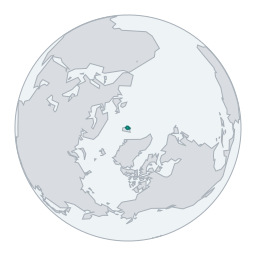 Suðurland highlighted on a globe, orthographic projection, rotated 204°
{"feature_id": "ISL-705", "entity_name": "Suðurland", "entity_type": "Region", "adm_level": 1, "iso_a3": "ISL", "parent_name": "Iceland", "parent_adm1": "", "projection": "orthographic", "projection_center": [-19.582, 64.139], "detail": "fine", "context": "on_globe", "style": "filled", "palette": "teal", "viewbox_px": 256, "rotation_deg": 204, "n_neighbors": 0, "source": "natural_earth", "source_scale": "10m", "svg_char_len": 10681}
<svg xmlns="http://www.w3.org/2000/svg" viewBox="0 0 256 256"><g transform="rotate(204 128 128)"><circle cx="128" cy="128" r="113" fill="#eef3f6" stroke="#a8b0b8"/><path d="M39.2,197.3L37.2,194.7L29.4,181.1L30.4,180.6L29.2,177.5L33.2,179.0L32.9,173.1L31.7,170.5L30.0,170.1L26.6,160.0L26.4,153.8L21.7,122.8L22.4,118.0L24.3,114.8L32.7,94.3L24.5,108.9L25.8,103.3L28.7,96.6L29.4,97.4L34.4,89.8L37.0,84.1L45.0,76.4L55.5,73.8L53.3,76.5L56.1,75.7L59.0,72.3L60.3,70.3L73.9,64.1L84.5,55.0L85.2,51.0L87.2,52.9L86.5,44.6L90.6,39.6L87.7,46.0L88.7,47.4L92.3,44.3L94.0,45.0L96.8,44.0L98.6,45.2L96.8,49.0L97.9,49.9L100.4,47.7L103.8,47.6L100.0,50.7L105.5,50.9L103.4,57.7L91.8,65.6L92.3,70.9L84.7,83.1L87.0,83.1L85.6,88.0L87.7,89.9L85.7,91.8L89.2,91.7L90.6,89.6L92.6,88.9L94.1,89.9L91.7,92.4L90.7,92.3L90.7,93.6L88.9,94.4L90.6,94.5L87.6,97.6L92.6,96.1L91.9,99.8L89.4,101.4L87.0,99.2L75.2,98.1L71.9,99.3L69.6,103.1L70.8,114.3L68.2,116.6L66.7,121.1L69.3,120.7L71.4,117.0L75.9,117.5L78.0,113.1L80.2,112.7L83.4,109.1L85.7,111.8L86.2,116.5L83.7,119.7L83.9,121.9L88.6,120.8L86.0,128.7L88.2,137.6L87.3,139.5L81.3,139.6L75.5,134.6L67.7,135.3L75.6,137.2L73.0,142.2L73.8,144.0L75.6,145.2L77.7,144.3L77.4,146.5L69.5,145.4L69.6,143.3L72.1,143.6L69.4,141.4L64.0,141.0L63.2,143.7L56.0,140.5L55.3,142.5L53.3,143.0L54.9,140.1L51.9,145.4L43.3,143.3L39.0,151.8L40.2,141.8L38.7,137.6L36.5,133.3L35.7,134.6L33.8,127.5L30.2,124.4L26.1,128.3L24.4,134.8L26.7,142.0L28.8,141.7L31.2,146.1L26.6,148.9L30.5,158.2L28.5,161.8L29.2,166.4L31.8,169.8L34.3,174.8L37.1,175.1L41.1,178.1L40.2,181.7L43.2,180.9L44.9,184.9L53.5,192.5L52.6,192.8L59.7,202.8L68.9,210.4L71.0,213.9L69.8,214.6L73.3,216.8L73.4,217.7L88.8,225.3L97.7,229.8L98.2,232.1L92.1,232.4L89.9,233.9L84.1,231.7L76.7,228.3L69.5,224.3L62.7,219.8L56.2,214.8L50.1,209.4L44.5,203.5L39.2,197.3ZM54.3,42.8L55.0,42.3L53.2,43.8L53.8,43.3L54.3,42.8ZM56.3,41.1L55.9,41.5L56.4,41.1L56.3,41.1ZM57.3,40.4L56.6,40.9L57.3,40.3L57.3,40.4ZM58.5,39.4L57.9,39.9L58.5,39.4ZM37.4,153.9L41.9,166.0L38.0,161.6L39.0,161.9L38.1,158.3L36.0,152.7L33.0,148.8L37.4,153.9ZM60.6,37.8L61.2,37.4L60.7,37.8L60.6,37.8ZM42.4,153.7L41.5,151.9L42.5,153.4L42.4,153.7ZM60.6,69.3L58.9,72.2L55.6,75.0L56.7,72.5L60.6,69.3ZM67.1,64.3L66.9,65.8L63.8,66.3L64.9,65.3L67.1,64.3ZM85.2,48.0L83.5,49.8L84.6,47.8L85.2,48.0ZM96.9,43.6L96.8,42.9L98.2,42.7L96.9,43.6ZM81.9,107.8L82.6,108.4L81.6,108.8L81.9,107.8ZM82.6,105.7L80.9,105.7L81.0,104.7L82.0,104.7L82.6,105.7ZM102.4,44.4L104.8,44.3L102.0,45.0L102.4,44.4ZM84.6,106.0L81.4,102.9L81.6,101.2L85.6,99.9L84.6,106.0ZM105.9,44.7L111.7,44.7L112.0,43.1L114.4,47.9L108.7,46.2L105.3,47.3L106.7,45.8L105.9,44.7ZM90.5,88.6L89.0,90.8L88.9,88.1L90.5,88.6ZM90.0,87.0L86.9,79.9L89.8,77.2L90.2,80.0L92.9,75.9L95.8,78.1L95.0,80.8L92.6,82.1L95.5,82.0L90.0,87.0ZM114.9,50.6L116.0,51.2L114.4,51.3L114.9,50.6ZM93.4,88.5L92.6,87.2L95.0,84.8L97.2,86.8L95.7,86.9L93.4,88.5ZM92.2,73.8L94.4,72.4L97.3,73.8L98.6,73.4L96.1,77.9L92.2,73.8ZM95.9,88.0L98.3,87.9L98.4,90.0L94.5,89.5L95.9,88.0ZM94.7,83.3L96.0,82.2L96.0,83.5L94.7,83.3ZM100.2,97.5L99.1,96.0L100.3,94.5L100.2,97.5ZM99.2,87.8L99.1,87.1L99.4,86.4L101.0,86.8L99.2,87.8ZM98.4,78.6L99.2,79.5L99.6,76.8L101.8,77.8L99.7,80.7L101.6,79.9L102.3,80.2L99.8,82.2L98.4,78.6ZM103.6,85.1L101.8,89.2L103.6,92.3L102.6,93.6L99.9,88.4L103.6,85.1ZM101.6,83.2L102.6,84.7L100.9,85.5L99.1,85.0L101.6,83.2ZM104.1,77.5L101.2,75.2L101.7,74.7L104.1,77.5ZM104.5,85.8L104.9,84.8L104.8,85.9L104.5,85.8ZM104.6,79.8L103.5,79.1L104.1,78.5L104.6,79.8ZM106.7,83.5L106.1,84.8L104.8,84.5L106.7,83.5ZM106.0,81.7L107.1,81.1L104.8,83.6L105.4,81.4L106.0,81.7ZM105.4,79.4L105.4,78.8L105.7,79.8L105.4,79.4ZM111.6,84.0L108.9,87.3L106.2,86.6L109.2,83.5L111.6,84.0ZM225.0,70.8L224.2,70.1L227.1,75.2L225.8,73.6L225.0,75.5L228.5,83.1L234.7,97.8L237.3,102.8L238.7,108.7L236.1,109.2L232.8,106.5L233.2,110.4L229.5,113.4L226.9,127.2L225.3,127.3L225.1,130.6L222.2,134.1L219.4,133.7L218.2,137.0L225.5,137.6L226.6,134.1L225.9,128.2L227.8,129.5L230.4,126.6L231.9,138.7L226.0,162.1L223.4,159.0L208.6,157.2L208.0,155.2L207.8,155.0L207.5,154.8L208.2,158.6L205.0,157.7L215.0,161.5L217.6,164.5L225.9,162.6L225.6,164.1L227.7,162.5L232.0,150.5L232.4,152.0L231.7,163.4L224.0,184.4L223.9,186.9L222.6,189.1L217.6,196.3L212.0,203.1L205.9,209.4L199.3,215.2L192.3,220.5L184.9,225.2L183.9,225.1L188.3,221.2L188.4,219.5L181.5,218.1L183.2,213.6L180.8,213.0L176.3,215.6L173.4,214.7L170.4,215.9L150.6,223.3L143.3,221.8L131.7,213.5L134.4,208.9L132.8,203.6L149.6,179.2L155.6,178.8L171.5,168.6L174.0,168.2L174.7,173.7L188.8,171.6L190.2,165.5L200.4,160.4L205.5,154.6L202.7,144.4L194.3,153.9L190.3,151.4L194.9,140.3L201.8,132.0L200.5,130.8L193.9,132.8L193.3,127.6L191.4,133.1L193.8,133.3L192.7,136.8L190.4,136.9L190.3,135.0L187.6,136.8L188.9,145.4L191.5,146.5L185.8,153.5L189.5,156.1L188.7,159.4L182.1,156.4L181.0,154.0L170.5,152.3L171.1,155.4L181.1,157.3L178.9,158.2L179.8,162.6L177.5,159.9L166.4,157.3L159.7,162.8L155.1,176.2L150.4,178.7L144.7,178.2L142.6,167.4L153.3,163.1L152.7,159.4L147.2,155.7L151.0,154.8L150.1,152.9L153.8,151.0L155.8,144.2L159.1,141.8L156.8,135.3L158.2,133.2L159.2,137.7L161.6,139.6L169.5,133.7L170.1,131.4L167.9,127.7L170.4,126.7L167.3,123.8L170.3,118.9L164.1,122.6L161.4,118.6L161.5,113.6L159.5,113.0L159.3,121.2L160.3,123.9L162.9,125.0L164.4,133.3L162.4,136.2L156.6,130.3L153.0,133.8L150.0,127.9L152.3,109.2L154.9,103.5L165.6,101.7L166.8,105.0L163.6,107.2L169.4,108.5L167.6,106.8L169.6,106.0L167.6,102.1L168.9,101.4L164.7,99.1L166.1,97.7L168.7,99.3L166.9,92.7L169.0,89.2L167.9,88.1L166.2,87.9L170.0,83.7L169.1,83.0L167.5,84.2L164.5,83.7L160.9,81.3L162.4,79.9L163.9,80.6L169.4,80.2L173.2,82.4L173.5,81.6L170.5,79.4L163.8,79.9L161.2,78.8L164.2,78.1L162.9,78.3L162.0,77.4L162.6,75.2L159.2,75.9L147.9,67.9L147.9,63.2L151.9,63.3L145.6,56.9L146.0,52.5L144.6,53.5L140.6,51.3L140.3,52.6L139.3,53.0L128.9,48.4L127.6,46.4L121.5,45.9L120.7,46.4L121.3,47.8L114.4,47.9L112.0,43.1L113.9,42.0L111.1,39.9L115.7,37.9L118.3,35.4L124.9,34.7L126.3,32.9L125.1,32.3L126.1,29.5L132.5,26.2L132.8,31.5L124.3,37.8L128.3,35.4L129.0,36.8L131.5,36.5L134.1,34.8L133.4,34.1L146.1,36.3L155.8,35.0L151.1,32.6L150.5,30.5L157.4,27.6L175.0,31.1L174.4,29.0L175.9,28.9L179.9,30.9L177.8,31.0L179.7,32.9L177.9,32.8L183.6,36.2L181.3,36.1L186.8,38.9L187.3,37.9L183.1,34.8L188.9,37.4L187.7,34.7L190.1,35.1L200.8,42.4L207.9,49.0L208.9,49.8L210.3,51.7L214.3,56.0L213.9,55.2L219.8,62.7L225.0,70.8ZM146.7,191.5L146.9,193.3L146.7,191.5ZM211.2,127.1L214.0,121.2L209.2,118.9L209.9,116.5L208.0,116.6L208.9,118.8L203.7,118.6L203.7,114.4L201.5,112.9L200.5,114.8L201.4,122.5L208.8,122.7L209.6,126.2L211.2,127.1ZM53.8,192.7L54.7,194.3L53.3,193.1L53.8,192.7ZM36.8,162.5L38.0,164.4L38.5,166.0L37.4,164.8L36.8,162.5ZM49.2,177.3L51.0,179.5L48.9,177.9L49.2,177.3ZM42.8,167.8L47.8,175.7L43.6,172.9L40.6,167.9L43.1,170.4L42.8,167.8ZM40.4,155.3L41.0,156.7L40.4,157.1L40.4,155.3ZM43.1,154.8L42.8,154.4L42.7,153.2L43.1,154.8ZM73.5,142.2L74.1,142.4L75.6,143.9L74.3,144.0L73.5,142.2ZM86.1,146.7L85.3,150.3L84.9,147.7L82.9,148.3L79.6,143.7L86.6,140.2L84.0,142.6L86.1,146.7ZM77.1,136.8L78.4,140.0L76.7,136.7L77.1,136.8ZM141.4,144.4L143.7,145.0L143.8,147.8L139.6,151.2L139.4,147.2L141.4,144.4ZM147.0,145.4L142.3,138.8L144.7,136.6L144.2,138.9L146.2,138.1L145.9,141.7L152.7,146.1L153.3,148.8L145.2,153.3L147.6,150.3L145.1,149.8L147.0,145.4ZM126.1,127.4L124.2,125.0L132.0,123.3L132.9,125.8L128.8,129.3L125.3,128.3L126.1,127.4ZM92.3,104.6L91.1,104.0L91.7,103.3L93.3,103.2L92.3,104.6ZM99.6,96.9L98.5,106.5L97.0,106.2L98.2,112.3L94.7,114.1L94.1,110.1L92.3,116.1L90.3,113.2L89.5,117.4L88.4,108.3L86.6,106.1L90.0,107.8L93.2,106.2L94.1,104.8L95.1,99.3L92.7,93.8L95.6,91.5L98.2,91.3L99.2,92.2L97.1,93.4L100.0,93.8L97.6,96.3L99.6,96.9ZM127.7,92.1L124.7,92.8L130.2,94.7L127.8,96.9L128.6,97.0L128.0,99.6L128.5,103.0L127.0,103.6L127.9,104.7L127.5,106.5L128.1,108.1L125.8,110.0L126.4,112.2L124.9,111.8L126.6,115.2L124.3,113.5L123.5,115.8L126.2,116.2L111.8,122.8L107.6,127.1L105.3,131.6L101.7,128.4L101.4,122.1L103.3,115.1L107.9,111.6L105.4,110.8L106.9,108.9L108.3,110.3L107.0,107.1L108.6,105.9L110.3,100.1L107.5,96.4L108.1,94.2L109.9,95.1L109.2,92.4L113.1,92.6L113.5,91.1L117.8,90.0L121.1,92.7L121.4,90.8L124.7,90.0L127.7,92.1ZM112.9,83.8L117.4,86.4L118.3,88.9L110.4,89.9L109.5,91.2L104.5,92.0L103.3,88.4L104.8,88.5L106.0,87.7L105.9,89.1L106.9,87.4L109.0,87.5L110.4,86.2L111.5,87.4L112.9,83.8ZM175.2,165.2L176.7,164.4L178.9,162.7L179.4,165.6L175.2,165.2ZM167.6,163.6L168.8,162.5L170.7,165.5L169.0,166.3L167.6,163.6ZM167.9,159.3L168.7,162.2L167.3,161.1L167.9,159.3ZM160.1,136.5L161.2,135.2L162.0,135.9L162.1,137.6L160.1,136.5ZM143.4,98.7L141.5,98.6L141.5,97.8L138.1,95.4L139.6,93.7L142.2,94.4L143.4,98.7ZM202.2,147.6L201.6,150.9L200.5,151.0L200.9,149.8L202.2,147.6ZM190.7,159.2L194.1,157.8L190.8,160.0L190.7,159.2ZM144.4,96.4L142.9,95.6L144.6,95.2L144.4,96.4ZM140.5,92.3L142.2,91.5L139.4,93.2L140.5,92.3ZM237.4,102.7L237.8,102.9L238.4,105.5L237.4,102.7ZM209.8,50.6L211.9,52.9L211.5,52.6L208.6,49.5L209.8,50.6ZM192.0,35.7L193.7,36.6L194.7,37.3L194.8,37.5L192.0,35.7ZM154.8,81.2L157.8,86.4L161.0,89.1L164.3,89.1L160.9,91.4L156.0,87.2L154.8,81.2ZM148.6,69.7L145.7,69.9L146.1,68.5L146.8,68.2L148.6,69.7ZM147.5,70.7L145.7,73.5L143.5,72.8L145.3,70.7L147.5,70.7ZM145.2,84.8L146.0,86.4L144.6,86.7L145.2,84.8ZM171.6,25.7L171.1,26.0L168.5,24.9L169.6,25.0L171.6,25.7ZM159.8,21.9L167.7,24.7L173.9,27.3L172.9,26.5L175.9,27.3L176.5,28.4L170.8,26.5L166.4,24.5L164.0,24.4L159.7,23.3L158.0,23.9L155.6,23.6L155.8,22.5L159.8,21.9ZM157.5,24.4L153.0,25.6L149.0,23.7L149.1,23.0L152.8,23.2L154.7,24.2L157.5,24.4ZM150.7,25.4L152.5,26.4L149.6,31.2L148.0,31.8L148.1,26.9L149.8,27.6L151.2,26.8L150.7,25.4ZM116.5,50.3L116.0,51.1L115.6,50.2L116.5,50.3ZM139.3,53.8L137.9,54.1L137.4,52.9L139.3,53.8ZM133.6,54.3L135.1,55.4L132.9,54.8L133.6,54.3ZM138.6,57.7L135.4,56.0L139.4,56.8L138.6,57.7Z" fill="#d9dde1" stroke="#a8b0b8" stroke-width="1"/><path d="M129.9,128.7L129.7,128.7L129.6,128.8L129.7,128.7L129.6,128.8L129.4,128.9L129.5,128.9L129.5,129.0L129.4,129.0L129.5,129.0L129.4,129.2L129.3,129.3L129.2,129.3L129.2,129.2L129.3,129.2L129.2,129.2L129.1,129.3L128.9,129.4L128.7,129.5L128.5,129.4L128.4,129.4L128.5,129.4L128.4,129.4L128.2,129.4L127.9,129.2L127.7,129.2L127.8,129.2L127.6,129.2L127.3,129.1L127.3,128.9L127.2,128.9L127.3,129.0L127.2,128.9L127.2,128.7L127.3,128.7L127.3,128.8L127.3,128.7L127.2,128.7L127.1,128.8L127.0,128.7L126.9,128.7L126.7,128.6L126.6,128.4L126.6,128.5L126.2,128.6L126.2,128.2L126.3,128.2L126.4,127.9L126.5,127.7L126.9,127.3L127.0,127.2L127.4,127.0L127.6,126.9L127.7,126.7L127.9,126.8L128.1,126.7L128.4,126.7L128.6,126.6L129.0,126.5L129.4,126.8L129.8,127.0L130.3,127.3L129.9,128.2L129.9,128.3L129.9,128.7L129.9,128.7Z" fill="#14b8a6" stroke="#0f766e" stroke-width="1.5"/></g></svg>